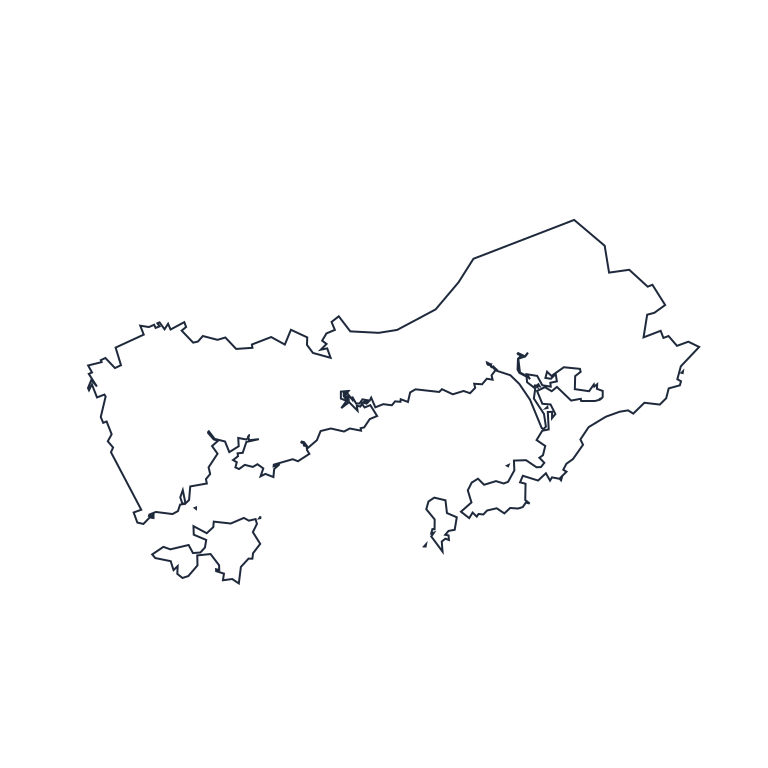 outline of Glamorgan-Spring Bay, Tasmania, Australia, rotated 58°
{"feature_id": "25037944B36269977330964", "entity_name": "Glamorgan-Spring Bay", "entity_type": "district", "adm_level": 2, "iso_a3": "AUS", "parent_name": "Australia", "parent_adm1": "Tasmania", "projection": "orthographic", "projection_center": [148.12, -42.278], "detail": "fine", "context": "isolated", "style": "outline", "palette": "slate", "viewbox_px": 768, "rotation_deg": 58, "n_neighbors": 0, "source": "geoboundaries", "source_scale": "gbopen_adm2", "svg_char_len": 6180}
<svg xmlns="http://www.w3.org/2000/svg" viewBox="0 0 768 768"><g transform="rotate(58 384 384)"><path d="M466.0,103.7L442.1,103.8L441.2,108.8L417.1,115.5L408.8,134.1L383.7,123.6L345.6,135.8L325.2,241.8L337.3,267.0L348.1,300.7L345.1,344.2L337.8,361.4L321.5,384.7L302.6,386.5L303.6,395.6L312.1,397.0L310.6,406.0L314.5,413.5L319.6,411.5L321.4,419.4L323.7,413.3L333.5,415.4L320.0,427.8L310.0,428.6L303.8,424.4L288.7,434.2L298.0,447.2L284.4,454.8L280.5,475.1L283.6,476.4L275.9,490.8L260.5,493.9L258.3,501.8L247.3,512.2L249.4,519.3L247.8,523.9L231.5,527.3L230.8,521.6L225.7,520.6L224.7,536.1L218.5,535.2L221.3,541.1L212.8,541.7L212.4,544.0L216.2,543.8L215.4,548.0L212.0,547.5L211.1,553.2L205.4,559.8L214.8,561.6L210.9,592.3L228.7,597.1L227.9,603.7L214.3,606.5L213.7,611.5L215.8,611.9L211.5,625.1L219.5,625.5L219.0,629.0L234.0,628.8L225.4,630.0L230.6,637.2L233.0,637.5L229.5,631.9L243.3,634.5L244.8,626.7L247.1,626.7L261.9,641.7L268.1,642.7L268.8,639.1L282.3,641.6L286.2,648.6L294.3,647.4L297.2,651.7L362.0,656.5L360.3,664.4L370.8,666.6L375.2,662.2L373.0,653.4L375.5,650.5L372.4,648.5L373.0,650.7L371.3,653.2L370.4,652.2L371.6,645.3L382.2,632.3L382.6,626.1L378.2,620.8L380.0,616.8L379.8,615.9L378.6,618.4L372.1,616.8L367.4,610.9L380.1,615.6L379.1,610.8L368.2,602.6L374.5,587.0L370.3,585.4L368.2,579.1L361.7,576.9L354.9,562.1L345.5,562.7L344.2,554.8L340.7,557.8L332.3,559.1L331.6,558.7L331.3,557.6L340.8,556.7L348.5,549.3L359.8,551.3L359.8,540.2L352.5,536.2L358.0,530.3L357.8,527.7L356.5,527.1L356.5,526.5L356.1,525.7L356.0,525.3L356.0,525.1L356.2,524.9L356.0,525.3L356.6,526.4L356.6,527.0L360.2,528.2L364.5,519.3L360.2,531.4L367.5,540.3L365.2,544.9L367.9,546.1L368.5,552.3L372.3,550.3L376.0,554.2L379.3,552.0L378.8,544.9L384.8,539.2L385.0,533.8L391.6,531.1L396.9,537.6L397.4,532.2L404.3,527.1L397.9,522.2L396.7,515.0L395.3,521.2L394.0,520.2L399.4,501.3L403.9,497.9L403.7,484.3L399.2,484.3L395.8,482.6L393.8,484.5L391.3,483.5L390.2,485.0L389.5,485.0L389.2,484.5L388.7,484.8L390.8,482.7L395.9,482.2L398.0,483.2L396.1,470.7L390.3,462.7L393.6,452.6L403.1,443.1L403.6,436.6L411.4,428.2L409.1,427.2L410.3,423.8L406.2,414.7L407.5,406.8L394.7,406.8L393.6,412.9L389.2,413.2L390.6,416.0L388.0,418.5L392.6,420.6L380.9,423.2L381.8,433.0L378.5,424.7L373.5,428.3L367.6,424.6L369.8,420.3L370.0,422.7L372.0,424.0L373.4,424.3L370.8,420.6L370.6,419.2L371.2,417.9L373.5,423.8L376.1,421.0L373.8,419.9L380.4,419.2L377.9,417.7L385.6,418.0L387.6,415.1L385.6,410.4L390.5,405.0L388.8,402.1L399.2,403.7L400.7,395.3L406.2,388.6L404.6,383.8L407.8,379.5L405.8,377.9L411.9,373.2L405.0,366.3L405.2,360.1L420.0,341.4L419.1,337.6L429.2,331.1L432.1,320.2L437.4,315.9L435.6,308.7L431.6,307.4L436.2,301.0L434.0,294.0L437.9,289.6L433.7,288.2L431.0,281.3L429.5,282.5L428.5,282.6L427.2,282.1L427.2,283.5L426.9,283.8L426.2,284.0L425.4,284.1L424.6,283.9L424.1,283.1L423.5,284.9L422.8,285.6L421.7,285.8L421.0,285.6L420.3,285.3L424.1,283.0L426.7,283.8L427.1,283.4L426.9,282.8L427.3,282.0L432.0,280.8L432.4,281.5L443.5,272.2L455.7,269.2L474.8,268.5L504.9,273.6L506.7,272.7L506.0,269.3L494.2,264.2L475.7,264.6L468.0,258.1L458.3,261.7L453.3,259.2L446.3,263.3L442.6,263.1L433.6,257.0L432.6,252.4L429.8,254.6L429.1,254.6L428.7,254.2L428.2,254.3L435.4,249.7L434.1,246.9L433.8,245.3L435.5,249.6L433.7,256.7L446.3,262.6L453.7,258.2L457.3,257.6L451.5,257.6L458.3,249.8L469.0,250.4L474.6,244.0L471.1,242.3L473.4,236.0L466.5,233.1L468.0,239.7L464.4,243.9L460.0,239.2L465.9,237.7L465.1,222.6L475.0,209.8L477.9,210.8L478.6,217.7L489.5,224.9L498.8,213.9L495.6,206.3L497.6,207.0L497.2,203.4L500.9,206.0L505.8,202.2L511.0,205.5L511.5,207.2L511.7,209.3L510.2,214.1L502.9,225.8L500.8,225.0L497.2,234.1L478.1,238.9L479.0,245.6L472.0,249.2L471.0,257.9L484.7,260.2L489.6,253.6L500.3,254.6L502.0,259.6L496.7,256.2L494.5,259.9L509.8,268.4L507.5,274.6L512.4,284.3L522.0,280.1L528.6,286.9L528.9,291.3L535.8,289.8L537.6,295.0L535.4,298.8L523.9,303.9L517.8,314.4L526.3,319.2L532.7,330.6L531.8,335.2L525.7,340.5L522.5,352.5L514.1,354.5L514.1,361.9L518.6,369.3L530.8,372.6L533.1,386.4L542.9,382.8L540.0,377.0L545.6,375.6L544.3,372.7L547.3,368.9L545.9,363.6L549.1,354.3L557.5,350.5L556.0,342.7L560.6,336.4L561.9,331.6L559.7,326.5L562.6,323.8L557.2,325.7L543.6,316.8L539.5,320.7L535.4,314.9L547.5,304.5L545.5,294.0L553.9,294.4L552.2,291.0L557.3,285.5L555.1,275.7L551.7,277.4L548.3,271.6L547.8,263.5L541.0,247.4L535.1,246.8L529.0,233.3L529.3,213.2L532.4,198.8L535.7,191.0L541.2,188.3L537.9,173.1L547.6,161.0L545.6,152.2L538.6,144.9L541.9,133.8L539.1,130.7L535.4,132.7L526.3,122.9L519.6,97.1L509.4,103.5L506.9,115.3L494.1,117.3L493.0,122.6L485.5,121.2L482.0,139.2L464.7,124.1L466.9,117.0L466.0,103.7ZM429.6,629.0L426.1,635.6L417.0,635.0L411.0,652.8L405.2,657.4L405.7,670.9L410.4,670.2L421.2,658.8L430.3,661.1L429.1,655.5L435.5,659.9L441.7,657.7L443.2,651.7L439.0,638.3L430.4,633.2L436.3,621.2L450.3,619.9L454.4,622.3L452.1,624.6L453.8,625.5L460.0,620.2L465.1,624.6L468.9,616.1L476.2,612.8L463.3,602.3L460.3,591.4L462.4,588.2L458.1,584.7L454.0,573.7L440.1,573.7L435.3,565.9L430.5,564.5L428.3,571.0L423.3,573.8L421.1,587.9L410.5,601.3L414.9,604.6L416.6,613.4L403.6,620.9L411.0,625.2L422.0,617.4L427.8,622.5L429.6,629.0ZM534.0,418.1L532.7,419.8L535.7,423.1L536.5,420.4L538.3,424.7L557.2,423.2L548.2,418.5L547.7,413.9L550.7,411.6L546.6,409.5L544.3,412.0L542.8,407.1L545.1,401.3L535.6,392.9L526.8,399.0L515.2,393.5L507.0,401.6L507.2,408.5L512.6,414.5L525.7,412.8L534.0,418.1ZM388.5,411.8L391.4,409.2L391.0,407.2L388.5,408.8L388.5,411.8ZM466.0,253.2L466.2,254.9L468.3,253.3L466.0,253.2ZM542.2,433.3L543.0,436.1L543.9,434.9L542.2,433.3ZM465.9,255.8L464.7,257.5L467.7,255.8L465.9,255.8ZM430.9,558.9L431.8,561.0L432.2,560.0L430.9,558.9ZM533.0,124.9L531.7,123.8L532.2,125.7L533.0,124.9ZM490.1,257.7L490.4,259.4L490.9,258.0L490.1,257.7ZM519.5,322.4L518.7,321.3L518.5,322.9L519.5,322.4ZM375.4,423.3L374.5,424.3L376.6,424.0L375.4,423.3ZM558.6,283.9L558.8,285.0L559.5,284.9L558.6,283.9ZM389.1,608.9L388.9,610.1L390.2,609.6L389.1,608.9ZM378.4,422.2L376.6,421.3L375.9,421.8L376.1,422.8L377.4,422.7L378.4,422.2ZM379.1,424.1L378.3,422.5L377.5,423.4L378.6,424.1L379.1,424.1ZM511.2,209.9L511.3,207.3L511.0,208.5L511.2,209.9Z" fill="none" stroke="#1e293b" stroke-width="2"/></g></svg>